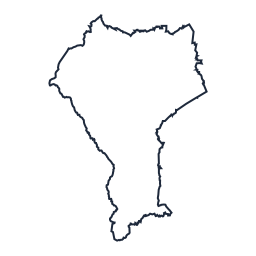 Jungapeo, Michoacán, Mexico (Equal Earth projection)
{"feature_id": "50627088B21047289087879", "entity_name": "Jungapeo", "entity_type": "district", "adm_level": 2, "iso_a3": "MEX", "parent_name": "Mexico", "parent_adm1": "Michoacán", "projection": "equal_earth", "projection_center": [-100.507, 19.411], "detail": "fine", "context": "isolated", "style": "outline", "palette": "slate", "viewbox_px": 256, "rotation_deg": 0, "n_neighbors": 0, "source": "geoboundaries", "source_scale": "gbopen_adm2", "svg_char_len": 5764}
<svg xmlns="http://www.w3.org/2000/svg" viewBox="0 0 256 256"><path d="M171.5,212.7L169.5,210.1L168.9,209.6L166.2,206.5L165.4,204.7L163.9,204.5L161.2,204.8L160.7,205.3L160.1,205.2L159.2,205.8L158.5,206.0L157.9,204.7L158.3,201.9L158.8,200.8L157.8,198.1L158.3,194.9L158.7,189.8L159.7,186.6L160.4,185.9L160.0,183.8L160.1,180.4L159.7,180.2L159.5,178.3L159.7,177.3L160.2,176.5L159.3,175.2L159.3,174.4L158.9,173.1L158.9,169.0L160.4,168.2L161.0,168.2L160.3,167.3L159.6,167.2L159.6,166.4L158.6,166.9L158.5,165.8L158.1,165.4L158.3,164.2L158.9,163.7L158.6,153.9L159.6,152.0L159.4,151.3L159.6,149.1L161.4,147.4L162.3,147.4L162.4,146.2L163.8,142.8L162.9,142.7L161.7,143.4L159.9,141.2L158.8,140.3L158.9,139.7L158.5,139.9L157.9,139.0L158.8,137.3L158.5,136.6L158.2,136.7L156.6,134.3L157.2,132.4L156.6,132.4L156.9,132.0L157.1,130.5L156.7,129.5L159.3,128.5L160.0,127.9L160.6,126.0L161.0,125.6L160.8,125.1L162.1,123.4L162.8,121.0L165.0,121.0L168.2,117.7L170.1,115.9L170.4,116.0L171.3,114.6L171.7,115.0L172.4,114.9L172.5,115.3L172.9,114.5L173.6,114.4L174.1,113.6L175.5,113.1L176.0,112.0L176.0,109.9L177.0,110.1L186.2,103.8L196.6,97.5L197.2,97.7L197.2,97.2L206.6,91.6L203.8,84.8L203.4,84.7L203.0,83.9L203.5,83.8L203.3,82.7L204.0,82.7L203.8,80.9L203.3,80.6L202.0,78.8L201.5,76.0L200.8,74.8L199.6,74.2L199.5,73.6L198.6,73.6L199.0,72.0L197.8,72.0L197.7,71.5L197.2,71.3L197.1,70.4L197.3,69.8L196.4,69.7L196.6,69.6L196.1,67.8L195.5,66.7L196.7,63.3L199.5,63.1L201.7,63.5L201.0,61.9L201.2,61.7L201.1,61.2L201.4,60.4L197.6,60.4L197.4,59.4L196.8,59.4L197.0,59.2L196.7,57.7L195.9,57.8L196.2,56.8L196.6,56.2L197.4,55.8L196.6,55.5L197.1,52.7L195.2,50.3L196.4,44.4L194.8,44.7L194.7,42.6L192.3,43.1L193.6,31.6L189.2,24.4L184.4,26.9L184.1,26.4L183.6,27.4L182.9,26.3L181.8,28.5L181.6,28.3L179.9,28.1L178.6,29.9L176.4,31.4L175.1,31.9L174.7,32.5L173.4,33.4L172.6,33.6L172.6,34.3L170.7,33.8L169.4,33.1L168.2,31.3L165.8,31.6L166.3,29.9L166.4,25.9L161.7,25.9L162.3,28.4L160.0,28.4L160.0,27.5L159.2,26.6L157.6,26.9L157.6,26.5L156.6,26.5L156.6,26.8L154.8,27.9L154.8,28.6L154.4,29.6L154.0,28.8L153.4,28.4L153.4,29.0L153.1,29.1L153.0,29.7L150.5,29.8L149.1,30.8L146.7,31.7L145.2,30.3L144.3,30.5L143.7,31.2L143.2,30.8L142.7,31.2L142.0,31.1L141.9,30.7L140.6,30.7L140.6,31.6L139.9,31.8L139.0,30.7L137.8,30.4L137.6,29.8L136.9,29.8L135.5,30.8L134.5,30.7L135.3,31.9L133.7,33.1L133.3,32.7L133.0,32.8L130.7,35.9L129.7,34.7L125.5,32.7L124.6,32.3L123.0,32.4L122.7,31.3L120.7,30.7L119.3,29.4L118.4,29.3L117.0,28.1L115.0,28.3L115.5,29.6L111.5,27.6L111.1,26.9L109.5,26.1L108.3,26.5L108.0,26.3L107.6,27.9L107.1,27.1L106.9,26.0L106.3,25.7L105.2,25.7L103.5,23.7L103.0,22.0L102.5,21.5L101.8,20.1L101.5,19.3L101.6,18.3L100.9,17.3L101.3,15.5L100.9,15.4L99.7,17.1L98.5,17.5L97.8,18.6L97.3,18.7L94.7,21.2L93.3,21.1L91.4,22.4L90.7,23.6L91.5,24.3L91.4,26.1L90.6,26.6L89.3,26.3L90.4,28.1L90.4,28.8L90.7,29.3L90.6,30.4L90.8,31.9L90.0,32.1L88.5,31.3L87.1,31.7L86.6,31.2L86.3,31.4L85.8,33.0L85.0,33.3L84.3,33.8L84.0,34.5L84.7,35.5L84.6,37.3L83.6,38.9L83.5,39.5L84.2,40.8L84.2,42.7L83.7,44.6L82.5,45.8L80.9,45.1L77.2,45.6L75.5,46.6L73.5,47.2L71.4,48.5L70.2,48.4L69.2,48.9L68.6,48.5L67.3,51.0L59.7,62.0L58.6,64.3L58.0,67.7L58.5,69.3L55.9,72.2L55.5,73.7L55.7,75.7L55.6,77.3L54.2,78.3L51.8,79.1L50.0,80.4L49.4,83.2L49.8,85.1L49.9,85.4L50.5,85.5L51.5,84.7L53.4,84.1L54.6,84.4L55.6,85.5L56.6,85.3L57.5,86.1L57.9,87.2L58.9,88.1L59.3,88.9L59.2,90.8L60.4,93.4L61.4,93.7L63.1,96.9L63.8,96.8L64.7,97.6L66.6,96.9L67.1,97.3L68.9,97.2L70.2,97.6L70.9,98.7L71.0,100.2L71.5,101.0L71.4,101.5L72.1,104.2L72.9,106.2L74.1,107.4L74.7,110.1L75.6,111.8L76.1,112.5L77.0,112.6L77.3,113.0L77.4,114.0L77.8,114.3L77.9,114.9L79.4,114.8L79.5,115.7L80.0,116.4L80.6,117.0L82.2,117.8L83.0,119.3L83.8,120.1L84.0,122.6L84.5,124.3L85.9,127.4L86.7,128.4L86.2,130.4L87.2,131.6L87.6,132.7L88.5,132.4L89.1,133.1L88.8,133.5L89.0,134.6L90.1,135.6L90.5,138.3L90.8,138.5L91.9,138.2L92.5,138.3L92.9,139.7L94.2,139.1L94.5,139.7L94.4,141.5L95.0,142.8L96.0,143.0L96.0,143.4L96.6,144.2L97.0,145.2L96.8,146.2L97.1,147.0L98.3,147.6L98.3,149.4L99.8,150.8L101.0,150.4L101.6,150.6L102.8,152.7L103.4,153.1L104.4,153.1L106.6,155.7L107.0,156.8L107.6,157.3L108.4,158.9L111.1,161.7L112.6,164.1L113.7,164.8L113.7,165.3L113.4,166.1L114.1,168.3L113.3,169.8L113.5,170.9L113.0,172.3L113.1,172.7L112.5,175.1L111.9,176.3L110.6,176.9L110.0,177.6L109.9,179.1L108.6,180.7L108.0,184.6L106.7,185.2L106.6,185.6L106.5,187.2L107.1,188.2L107.3,189.6L108.6,191.3L108.7,192.9L108.2,193.7L108.9,195.1L108.8,196.4L109.2,197.1L109.0,198.2L109.3,199.0L111.2,198.9L111.4,199.4L111.2,201.3L112.2,201.5L112.2,203.8L113.3,204.5L113.9,205.4L114.4,205.3L115.9,206.3L117.3,209.0L116.0,210.9L115.8,210.7L115.5,211.4L113.8,212.0L113.6,213.7L112.5,214.5L111.6,216.8L111.1,217.6L110.6,217.7L110.0,218.7L110.0,219.7L110.5,220.8L111.2,221.4L114.0,222.5L114.6,222.5L114.6,222.9L114.3,223.2L112.4,224.0L111.4,231.3L113.0,232.1L114.4,239.1L117.1,240.6L119.0,239.9L119.8,240.3L120.7,239.8L122.0,239.8L123.1,238.9L123.6,237.6L124.9,238.0L125.9,237.4L126.4,235.7L127.4,234.6L129.2,233.5L129.6,232.7L129.4,227.6L128.7,226.8L128.6,225.9L130.3,224.6L130.6,223.5L131.1,223.6L131.7,224.4L134.0,224.3L134.6,224.7L135.1,224.3L135.3,222.9L135.6,223.1L136.7,224.9L137.1,224.9L137.5,224.4L137.7,222.6L138.5,222.8L139.0,222.0L139.0,221.0L139.8,220.9L140.7,221.9L140.9,221.1L140.9,220.3L141.4,218.9L142.5,218.1L144.0,215.5L144.3,215.5L144.5,216.2L144.9,216.2L145.3,215.0L145.7,214.9L146.3,215.9L148.6,215.1L150.1,213.7L152.3,214.4L154.5,213.7L155.7,216.1L156.2,216.0L157.2,214.9L158.6,216.4L159.5,215.6L160.1,216.5L161.1,215.7L161.7,215.7L162.8,216.4L163.3,216.2L163.9,214.7L164.2,213.7L164.0,213.1L165.2,212.5L165.7,213.8L168.1,214.1L168.1,215.5L168.3,215.5L169.9,215.4L170.3,213.9L171.5,212.7Z" fill="none" stroke="#1e293b" stroke-width="2"/></svg>